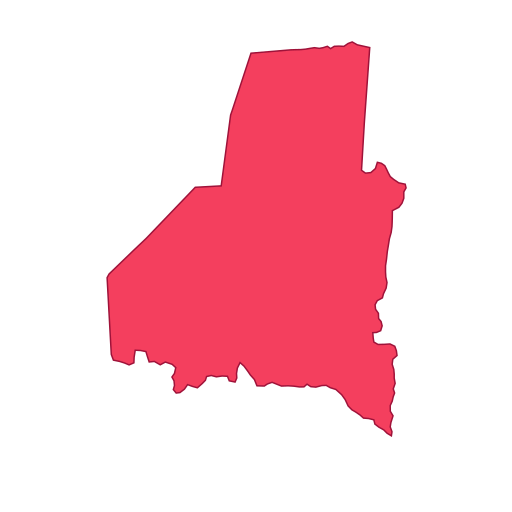 Saúde, Bahia, Brazil (Mercator projection), rotated 170°
{"feature_id": "56859067B4343183241254", "entity_name": "Saúde", "entity_type": "district", "adm_level": 2, "iso_a3": "BRA", "parent_name": "Brazil", "parent_adm1": "Bahia", "projection": "mercator", "projection_center": [-40.398, -10.907], "detail": "fine", "context": "isolated", "style": "filled", "palette": "rose", "viewbox_px": 512, "rotation_deg": 170, "n_neighbors": 0, "source": "geoboundaries", "source_scale": "gbopen_adm2", "svg_char_len": 2210}
<svg xmlns="http://www.w3.org/2000/svg" viewBox="0 0 512 512"><g transform="rotate(170 256 256)"><path d="M225.7,456.6L254.2,403.4L256.5,399.3L278.1,331.1L303.9,334.2L361.2,292.3L375.0,283.2L403.8,263.8L406.4,260.5L415.6,184.2L414.5,178.2L408.7,175.9L404.1,173.5L399.9,170.8L394.8,172.0L393.6,177.5L391.3,184.2L386.1,183.0L381.0,181.0L380.4,175.9L379.6,170.2L374.4,169.8L369.2,165.5L363.7,167.3L357.4,163.9L354.4,160.0L356.7,154.5L359.8,151.4L358.4,147.3L358.8,142.5L360.6,138.8L358.4,134.9L354.6,134.7L349.6,137.3L345.7,141.2L341.2,138.6L336.6,136.4L331.0,139.8L327.4,142.4L325.6,145.9L320.8,146.1L316.0,143.9L310.2,143.7L305.0,142.5L304.0,137.7L298.5,135.5L296.1,139.2L295.6,143.7L293.8,148.9L290.2,153.8L286.9,149.6L284.2,144.2L282.2,139.8L279.0,134.6L277.6,128.0L270.4,126.5L267.0,128.0L262.1,128.8L257.4,125.9L253.5,123.5L246.9,122.6L241.5,121.3L235.9,119.5L231.5,118.8L228.0,120.9L224.7,117.8L219.8,116.5L213.7,117.0L209.3,116.4L205.7,113.4L200.5,110.7L195.7,104.5L193.1,99.1L191.3,92.3L188.3,87.9L185.1,85.2L181.1,81.3L178.3,77.7L173.3,76.4L168.4,74.2L168.1,69.8L164.5,65.9L160.4,62.6L157.7,58.7L153.9,55.4L152.6,59.3L153.5,64.4L152.1,68.5L148.8,74.8L150.7,79.8L149.8,85.4L147.1,89.3L145.3,93.6L143.3,97.0L143.9,101.3L141.1,106.4L141.1,111.8L140.4,115.7L140.0,120.4L140.7,125.7L139.2,130.6L134.4,133.5L134.2,138.4L135.0,143.0L139.3,146.1L144.8,146.7L151.2,147.7L154.9,150.8L154.8,154.9L154.3,160.2L150.6,159.8L146.2,160.8L143.9,165.3L144.2,169.7L146.1,173.1L145.4,178.3L147.5,182.8L147.2,187.3L144.3,191.0L138.8,192.8L137.0,196.7L133.4,201.8L131.6,207.1L131.8,212.8L131.2,217.9L130.1,224.0L128.0,230.3L125.9,237.6L123.8,243.5L121.6,249.9L118.8,255.7L117.0,261.3L116.0,265.8L115.2,269.7L113.8,277.0L106.8,279.2L103.0,282.7L100.4,287.2L99.3,293.5L96.4,297.0L96.6,300.8L102.8,303.3L107.2,307.6L110.0,310.9L111.4,315.2L112.4,319.0L113.5,322.6L116.4,325.5L120.2,327.2L123.2,321.4L128.4,318.2L133.8,318.6L137.2,322.1L126.2,368.3L107.8,441.5L119.6,446.4L124.1,450.1L128.4,449.3L133.0,447.2L137.9,448.3L142.5,448.9L146.5,447.3L149.3,450.1L153.9,449.5L157.6,449.5L162.3,451.0L166.9,451.1L171.4,451.1L176.1,451.5L181.9,452.4L186.2,453.0L225.7,456.6Z" fill="#f43f5e" stroke="#9f1239" stroke-width="1.5"/></g></svg>